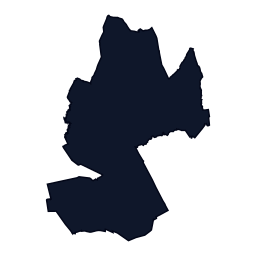 Bethausen, Timis, Romania (orthographic projection)
{"feature_id": "2599482B66400291009045", "entity_name": "Bethausen", "entity_type": "district", "adm_level": 2, "iso_a3": "ROU", "parent_name": "Romania", "parent_adm1": "Timis", "projection": "orthographic", "projection_center": [21.97, 45.83], "detail": "fine", "context": "isolated", "style": "filled", "palette": "ink", "viewbox_px": 256, "rotation_deg": 0, "n_neighbors": 0, "source": "geoboundaries", "source_scale": "gbopen_adm2", "svg_char_len": 5695}
<svg xmlns="http://www.w3.org/2000/svg" viewBox="0 0 256 256"><path d="M144.8,235.1L150.1,231.1L151.4,229.9L153.4,219.6L153.6,219.9L156.4,218.4L156.5,218.0L155.9,216.9L168.0,210.4L165.4,205.6L164.9,204.2L162.8,200.8L155.8,187.3L152.2,179.7L143.1,162.6L143.5,161.1L142.8,160.5L138.5,153.4L135.3,147.0L136.7,147.4L137.3,147.3L137.6,146.8L137.4,146.0L137.8,145.6L139.3,145.0L140.0,145.0L141.0,144.4L141.9,144.5L143.4,145.3L143.7,144.7L144.4,144.2L144.9,144.0L145.9,144.2L146.6,142.7L147.6,142.0L147.5,141.2L147.6,140.9L148.5,140.0L148.7,139.6L149.7,138.9L150.5,139.2L151.1,139.0L151.8,137.7L151.8,137.2L151.5,136.8L152.5,136.0L153.3,136.2L154.0,137.1L154.6,137.4L156.4,136.8L157.5,135.6L158.7,135.7L159.9,135.3L161.9,135.6L162.6,134.8L162.6,133.0L163.0,132.5L163.4,132.4L163.7,132.5L163.9,133.9L164.1,134.6L164.6,134.6L165.6,134.3L167.3,135.3L168.1,134.4L168.6,132.9L169.8,131.8L171.0,131.4L173.2,131.5L173.9,130.7L174.7,130.1L176.4,130.0L176.7,129.1L177.3,129.6L178.4,129.3L180.6,129.9L181.4,130.4L185.4,130.4L189.8,136.9L190.5,136.3L191.0,136.3L191.3,136.7L191.2,137.8L191.6,138.0L191.9,137.7L191.9,136.4L192.6,136.2L194.8,137.7L200.9,130.2L201.6,129.4L204.6,125.4L204.4,125.3L204.4,124.4L204.7,123.8L205.2,124.2L206.4,123.6L207.0,125.2L207.4,125.7L208.7,125.6L209.4,125.1L208.6,117.6L209.0,116.9L209.4,116.6L208.3,109.6L204.9,110.1L202.8,109.9L202.6,109.0L202.6,108.6L202.2,108.1L202.3,107.6L201.9,107.0L202.4,106.9L202.4,106.4L202.2,106.1L201.6,106.0L201.4,105.2L201.1,104.8L201.2,104.5L201.0,104.4L201.0,103.6L201.6,103.2L201.3,102.0L201.5,101.1L201.4,100.2L201.7,99.7L201.2,99.6L200.9,99.2L200.9,97.8L201.1,97.5L200.9,96.5L201.6,95.8L201.6,95.4L201.1,94.1L201.3,93.0L201.1,91.3L201.3,91.1L201.3,90.1L200.6,88.8L200.1,88.7L200.1,88.3L200.4,88.1L199.9,87.1L200.0,86.5L199.9,86.0L200.0,85.6L199.9,85.0L200.2,84.3L200.1,83.5L200.2,82.9L199.8,82.2L200.4,79.8L200.7,79.6L201.3,78.3L202.6,76.9L201.6,73.3L201.1,72.8L200.4,71.4L199.9,68.7L199.6,68.1L199.5,67.4L199.1,67.2L199.0,66.6L198.7,66.2L198.0,65.9L197.6,65.3L197.4,65.4L197.1,63.7L196.1,61.0L194.4,55.4L194.0,52.8L193.6,52.7L193.8,52.4L193.7,51.7L193.0,50.8L192.9,49.7L193.2,48.9L190.8,48.2L190.2,48.2L189.9,48.5L189.7,48.9L189.8,49.5L187.0,54.0L186.7,54.6L186.9,55.0L186.2,56.2L186.0,56.9L185.2,57.9L185.2,58.7L184.0,60.1L183.4,61.5L182.1,62.5L180.0,66.3L180.2,67.6L180.1,68.2L179.8,68.4L179.8,68.7L179.0,69.7L178.6,69.7L177.7,70.4L177.5,70.2L177.4,70.8L173.4,74.7L173.0,74.8L172.4,75.6L170.4,77.2L169.8,78.2L169.0,78.8L168.5,78.7L163.6,68.2L161.7,64.9L159.3,52.8L159.2,50.9L158.7,50.1L156.8,38.2L155.8,35.7L151.8,27.7L149.6,29.6L147.2,30.3L145.1,30.3L143.4,30.9L142.7,30.7L140.3,29.0L139.6,29.4L139.4,30.5L138.6,30.7L138.4,30.4L138.2,30.7L138.3,31.0L139.0,31.4L138.9,32.1L138.7,32.2L135.4,31.7L135.0,31.4L130.4,30.8L130.2,30.6L130.0,30.0L129.2,29.3L127.5,26.8L126.2,24.5L123.6,21.5L123.1,20.3L122.0,19.0L119.2,18.2L117.7,17.5L113.3,17.4L110.5,16.8L109.8,16.5L108.8,15.4L108.0,15.7L107.1,17.1L106.8,18.6L103.7,26.1L103.3,27.4L103.8,31.4L103.6,32.4L102.1,35.2L99.5,41.0L99.6,42.2L99.9,43.4L99.8,44.4L100.7,51.5L101.1,54.9L101.4,55.9L101.4,57.2L98.1,64.5L97.3,66.7L96.4,69.8L94.6,73.5L94.2,74.8L93.2,76.3L92.2,77.3L92.0,78.1L92.0,78.9L90.6,82.3L90.6,83.6L89.9,83.1L87.1,82.0L84.3,81.4L83.5,81.6L83.5,81.0L83.2,80.8L80.9,80.3L79.7,79.1L77.3,78.2L77.1,78.7L76.0,78.8L76.3,79.7L75.9,80.3L75.2,80.2L74.9,80.7L74.5,80.8L74.6,81.1L74.1,81.6L73.6,83.2L70.6,88.5L70.4,88.9L70.6,89.0L70.2,90.0L69.5,90.4L69.6,91.4L67.4,97.1L68.0,98.6L68.7,99.3L70.2,101.8L71.5,102.5L71.1,102.9L71.2,104.1L70.2,104.4L70.0,105.5L69.3,105.7L69.4,106.1L70.2,106.7L69.7,107.1L69.7,107.8L70.1,108.1L69.8,108.7L70.0,109.1L69.3,109.4L69.4,109.9L69.9,109.6L69.9,110.4L69.4,110.5L68.7,109.8L68.5,110.1L68.1,110.2L68.1,110.7L68.2,111.0L67.8,111.2L68.0,111.6L67.1,111.7L67.2,112.2L66.8,112.9L67.2,113.0L67.3,114.4L67.0,114.8L66.5,114.8L66.8,115.5L66.2,116.1L66.4,117.3L66.3,117.8L66.0,117.9L65.9,118.4L65.1,117.9L65.0,118.2L65.3,118.3L65.2,118.6L64.7,118.5L64.4,118.7L64.1,118.4L64.2,119.0L64.9,119.2L64.9,119.5L64.6,119.9L64.8,120.3L65.2,120.0L65.5,120.2L65.5,120.7L65.1,121.4L65.1,121.7L65.6,121.7L65.6,121.3L65.9,121.1L66.4,121.3L66.6,121.7L66.6,122.0L65.5,122.4L65.5,122.6L66.3,122.5L66.4,122.9L66.8,122.9L66.8,123.2L67.0,122.7L67.3,122.7L67.4,122.4L68.1,122.6L68.1,123.0L68.6,122.6L68.6,122.2L69.0,122.2L69.3,122.4L69.3,122.9L69.6,123.2L69.7,122.9L69.5,122.3L70.0,122.6L70.3,123.3L70.6,123.4L69.9,123.9L70.0,124.6L69.7,124.6L69.4,124.2L69.3,124.3L69.6,125.3L68.8,125.4L69.2,126.1L68.6,126.1L68.6,126.9L68.2,127.1L68.3,127.3L68.9,127.4L69.4,127.7L68.5,128.2L68.8,128.8L68.2,129.5L67.8,129.5L67.7,129.1L67.5,129.3L67.4,129.5L68.2,130.1L68.2,130.7L67.5,130.8L67.9,132.1L67.7,132.4L67.4,132.2L67.1,132.6L66.6,132.7L66.8,133.1L67.3,133.3L66.6,133.5L66.7,133.9L65.7,133.5L65.5,134.2L64.8,134.9L65.5,135.9L64.8,136.7L64.8,137.3L65.1,137.7L65.8,137.3L66.0,137.8L65.4,138.4L68.0,144.0L65.0,145.2L64.2,145.9L63.0,146.4L63.4,147.5L71.6,159.7L72.0,159.7L71.9,160.2L78.2,165.0L78.7,165.0L80.7,164.1L102.5,174.7L102.6,175.0L102.2,175.1L101.8,176.1L100.6,177.0L99.4,177.4L98.8,178.0L97.8,178.2L97.2,179.9L95.6,179.1L94.9,179.9L94.3,179.9L93.5,180.6L92.3,180.4L90.8,178.8L89.7,178.1L79.0,176.8L77.1,177.8L47.4,184.2L51.1,199.2L50.3,199.6L49.7,199.0L48.7,199.3L48.2,199.1L46.9,199.5L46.6,200.0L48.3,211.3L56.2,211.2L65.5,224.4L70.2,230.1L71.6,232.1L72.1,233.1L72.6,233.7L72.7,233.3L75.2,233.6L75.1,232.4L76.9,232.1L81.3,230.5L81.3,231.2L84.4,230.9L86.5,231.2L86.5,231.4L89.9,232.1L91.3,232.0L96.3,230.7L98.4,230.4L100.6,230.5L105.2,231.4L105.3,229.3L106.8,229.7L112.9,232.5L112.5,231.0L117.4,232.9L128.5,240.6L135.9,237.5L144.8,235.1Z" fill="#0f172a" stroke="#020617" stroke-width="1.5"/></svg>